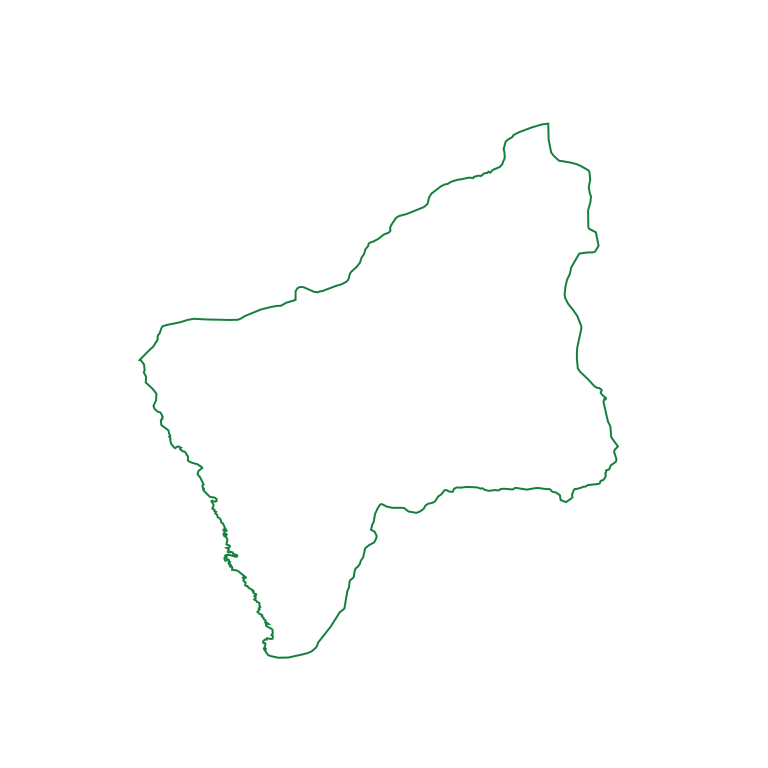 outline of Khua, Phôngsali, Laos, rotated 103°
{"feature_id": "54806243B94701864875759", "entity_name": "Khua", "entity_type": "district", "adm_level": 2, "iso_a3": "LAO", "parent_name": "Laos", "parent_adm1": "Phôngsali", "projection": "equal_earth", "projection_center": [102.473, 21.051], "detail": "fine", "context": "isolated", "style": "outline", "palette": "green", "viewbox_px": 768, "rotation_deg": 103, "n_neighbors": 0, "source": "geoboundaries", "source_scale": "gbopen_adm2", "svg_char_len": 6163}
<svg xmlns="http://www.w3.org/2000/svg" viewBox="0 0 768 768"><g transform="rotate(103 384 384)"><path d="M93.4,282.5L95.7,288.8L100.9,297.9L108.2,309.0L112.3,313.8L114.6,314.6L117.5,317.8L120.5,320.0L128.1,320.3L131.1,318.8L135.7,317.4L138.1,317.3L140.3,318.0L143.0,318.1L146.5,320.0L150.7,325.9L153.2,327.7L154.1,327.9L153.6,330.0L155.0,330.6L156.2,333.8L159.4,336.0L159.7,338.5L160.5,340.5L161.2,341.2L161.8,342.9L163.4,343.6L163.7,347.4L167.3,355.2L168.4,358.2L172.0,364.3L174.6,366.8L176.1,370.1L178.6,373.0L187.9,380.7L192.4,382.1L198.4,382.0L201.8,384.2L203.1,385.6L213.4,400.4L217.0,407.2L218.3,408.7L220.0,409.9L228.0,412.9L231.1,413.1L232.9,412.2L234.9,413.1L235.7,413.7L237.6,416.8L239.0,418.3L243.9,422.2L247.9,426.9L249.3,429.3L250.7,430.5L253.1,430.5L257.2,432.5L261.9,432.6L265.8,434.3L271.1,434.7L276.0,437.0L282.3,441.3L284.1,442.0L290.2,442.2L292.7,443.5L296.5,447.9L299.4,453.1L307.0,464.5L308.7,468.1L309.6,469.1L309.9,473.1L307.8,483.9L308.1,486.7L308.8,488.4L310.4,490.0L313.5,491.0L322.0,489.1L326.8,497.5L330.9,502.0L331.8,505.2L334.1,510.9L339.1,520.7L349.1,534.9L352.3,538.0L354.3,540.9L356.3,548.7L361.1,571.8L363.3,584.2L365.8,589.9L369.6,596.3L375.4,609.1L377.5,612.7L379.2,613.4L384.9,614.0L387.9,615.3L391.8,614.6L399.9,617.4L402.7,619.6L415.6,627.5L415.6,626.2L419.0,622.2L424.5,620.3L426.7,620.7L430.5,617.4L436.1,616.5L440.8,608.3L444.6,603.6L451.2,602.4L457.2,603.7L459.5,602.2L460.7,600.6L461.8,598.4L462.0,596.0L462.4,595.1L465.5,592.3L466.7,592.8L467.9,592.0L469.4,593.3L474.0,591.8L477.7,583.6L481.0,582.0L482.3,580.8L483.3,580.4L483.7,581.3L485.9,579.5L486.7,579.7L490.4,577.8L493.4,573.6L493.4,572.9L491.8,571.7L491.2,570.7L491.0,569.9L491.6,569.0L491.7,567.4L493.3,568.1L494.7,565.3L494.9,562.7L495.8,561.4L497.7,560.1L498.4,558.8L502.5,557.9L503.1,557.2L504.0,553.0L504.1,548.1L506.0,542.7L506.7,542.2L510.4,545.2L513.8,545.4L516.2,542.3L522.5,537.2L523.3,537.9L524.8,537.9L525.5,537.0L526.1,536.9L526.5,536.0L527.0,535.9L527.3,536.5L528.2,536.0L532.7,529.0L533.2,527.7L532.8,524.1L533.1,522.4L533.8,521.3L535.5,520.7L536.7,522.1L536.4,525.3L537.2,525.7L539.9,523.0L541.4,522.7L543.7,523.3L544.2,522.9L544.2,521.8L544.8,520.9L545.8,520.9L546.4,518.8L547.4,519.4L548.1,519.2L549.0,517.1L551.1,516.2L551.8,514.1L553.2,512.4L555.1,511.7L555.6,511.1L556.1,509.5L560.5,506.3L561.8,504.8L562.4,504.4L562.6,504.9L561.8,506.8L561.9,507.6L562.5,507.6L563.1,506.3L565.3,506.2L565.4,504.3L566.0,503.4L566.8,503.6L567.1,504.3L566.4,505.3L566.2,506.1L566.5,506.6L568.0,505.6L568.9,503.1L569.8,502.2L571.2,501.5L575.6,501.5L576.0,500.8L576.0,498.9L576.4,497.9L576.9,497.6L578.4,498.3L579.2,500.3L579.8,498.4L580.6,497.9L582.2,498.5L583.0,498.2L583.2,497.3L582.6,496.2L582.0,496.0L582.2,493.5L583.4,492.9L583.9,488.6L584.6,488.2L585.4,488.6L585.7,489.6L585.3,495.1L586.0,499.1L586.9,500.0L588.1,498.3L588.8,498.3L588.7,500.0L589.3,500.4L590.9,499.8L591.8,499.0L591.7,498.2L590.2,497.1L590.0,496.1L590.4,495.6L592.2,495.3L591.9,494.5L592.1,494.1L593.1,495.1L593.8,495.0L593.8,494.0L594.6,494.2L595.0,492.3L595.5,492.1L596.4,492.8L596.6,492.1L596.3,491.1L597.3,490.4L599.3,490.2L598.8,486.4L599.0,484.3L603.5,475.1L604.0,475.2L604.3,477.7L604.6,477.9L605.2,476.5L607.2,476.8L608.4,474.4L611.6,473.9L611.7,471.5L612.0,470.9L612.8,470.6L614.7,464.8L615.2,464.5L615.7,465.2L617.1,463.9L617.5,461.6L618.0,461.1L618.5,461.2L619.2,462.4L620.0,462.6L620.8,460.9L622.2,461.2L623.0,462.0L623.5,461.3L623.5,460.1L625.0,458.7L625.0,457.0L625.5,456.3L626.2,455.7L627.6,455.8L629.3,454.3L630.7,455.6L631.4,455.3L631.7,454.6L634.5,456.0L634.6,455.1L635.8,454.4L636.3,451.1L636.7,450.6L637.6,451.0L638.1,450.6L638.9,448.7L640.0,448.5L640.7,446.7L641.6,445.9L642.7,446.3L643.2,445.9L643.2,443.9L643.8,442.7L644.1,444.7L644.4,445.0L646.1,444.5L647.4,440.6L647.8,438.5L648.6,437.4L651.6,436.3L653.9,437.1L654.4,435.7L657.1,435.2L658.0,437.2L657.9,440.5L658.3,441.0L659.4,440.8L659.9,442.7L662.0,443.9L663.4,443.4L663.6,443.0L663.2,441.6L663.6,441.2L665.0,440.9L667.1,441.1L668.8,439.5L669.3,439.6L668.8,441.4L669.2,441.4L674.1,436.1L674.6,433.4L674.5,425.4L672.0,415.6L665.6,402.1L663.0,397.3L660.8,394.4L656.2,391.0L653.6,390.2L650.7,390.0L632.5,381.4L616.5,375.8L611.8,372.1L594.2,373.1L590.2,372.4L584.1,373.1L583.0,372.9L579.9,370.6L578.4,370.0L574.2,370.5L570.1,370.2L568.2,368.6L565.1,367.1L561.3,366.8L557.6,365.3L548.3,365.4L544.5,362.4L540.4,357.9L536.5,356.9L533.8,356.9L530.0,359.9L528.9,363.9L523.4,363.7L520.5,363.0L512.9,363.5L506.5,362.2L502.5,360.8L501.5,359.2L502.8,353.9L502.8,348.3L500.7,339.2L500.4,336.2L502.7,331.6L502.3,323.5L500.1,320.2L496.7,317.3L493.2,316.3L490.6,313.9L489.2,310.6L486.9,307.8L481.6,306.0L478.5,303.2L474.0,301.2L473.3,299.1L474.1,296.8L473.9,294.0L473.5,292.8L470.2,292.2L469.7,291.1L469.0,290.6L468.3,289.5L467.9,286.5L465.6,280.0L463.8,270.0L464.2,266.1L463.7,265.5L463.5,264.4L464.5,262.0L464.5,257.7L462.3,251.9L462.2,249.8L461.6,247.9L460.2,246.9L459.1,243.7L457.8,234.8L456.2,233.4L455.5,232.0L454.8,221.0L452.0,214.6L450.7,210.9L449.8,201.4L449.1,199.1L449.7,197.6L450.7,196.7L451.1,195.1L451.0,192.0L452.8,187.6L457.4,185.7L458.1,180.0L452.9,175.4L451.9,174.9L449.0,176.0L447.3,175.4L445.9,175.5L443.4,174.5L442.9,172.7L441.0,169.1L439.2,166.5L438.6,164.6L436.6,162.6L433.2,152.7L432.4,151.5L429.6,151.1L428.2,148.7L426.0,147.7L423.2,147.3L421.3,148.3L419.6,147.7L418.3,148.2L416.6,145.5L412.1,144.6L407.7,140.6L405.1,140.5L398.5,144.5L396.3,144.5L392.3,142.0L384.7,150.6L374.4,153.9L370.1,157.4L352.1,166.1L349.3,166.0L349.2,164.7L347.8,164.5L346.1,168.0L344.2,170.6L343.3,171.0L341.9,170.5L340.7,170.7L339.5,173.5L339.7,175.9L338.7,178.7L333.5,186.2L327.9,195.8L325.1,198.7L316.4,201.6L308.7,203.4L304.6,203.9L285.0,204.2L282.9,205.0L274.1,211.1L269.1,216.7L264.7,222.3L261.4,225.2L258.8,227.2L255.9,228.2L248.4,229.1L241.1,229.1L235.3,227.7L228.3,227.8L213.0,223.1L210.2,215.8L208.7,209.9L207.5,208.1L201.1,206.0L188.5,211.7L186.6,219.2L184.8,220.3L168.9,224.2L160.2,223.8L154.7,224.5L151.2,226.7L146.1,228.8L138.5,229.0L131.3,231.5L129.8,232.9L127.4,241.0L126.4,246.2L126.3,252.5L127.0,263.8L123.5,269.9L120.8,273.2L108.7,278.6L93.4,282.5Z" fill="none" stroke="#15803d" stroke-width="2"/></g></svg>